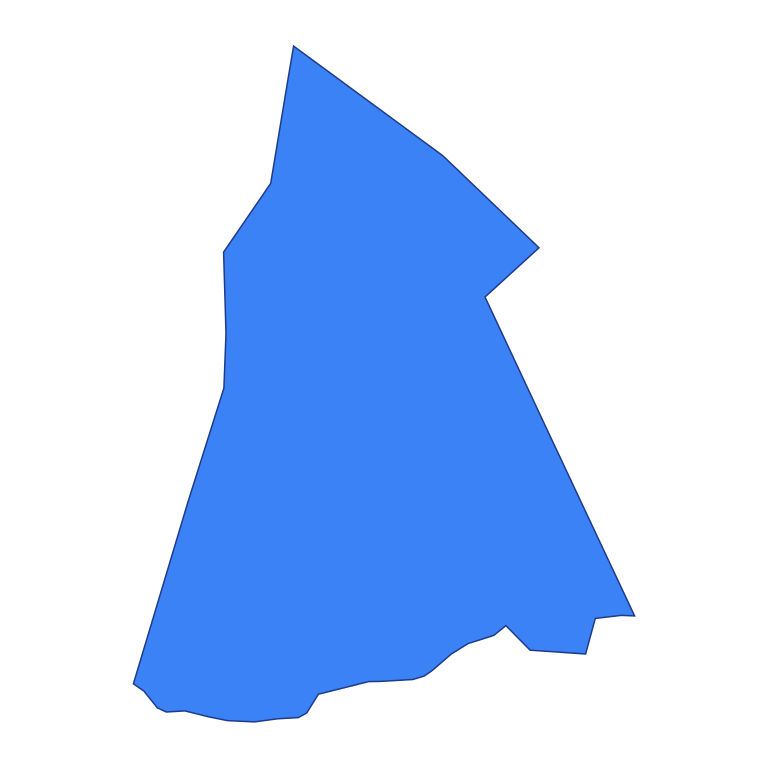 Patu, Rio Grande do Norte, Brazil (orthographic projection)
{"feature_id": "56859067B11230270721601", "entity_name": "Patu", "entity_type": "district", "adm_level": 2, "iso_a3": "BRA", "parent_name": "Brazil", "parent_adm1": "Rio Grande do Norte", "projection": "orthographic", "projection_center": [-37.626, -6.066], "detail": "fine", "context": "isolated", "style": "filled", "palette": "blue", "viewbox_px": 768, "rotation_deg": 0, "n_neighbors": 0, "source": "geoboundaries", "source_scale": "gbopen_adm2", "svg_char_len": 586}
<svg xmlns="http://www.w3.org/2000/svg" viewBox="0 0 768 768"><path d="M133.4,683.8L144.0,691.2L157.4,707.9L166.3,712.0L184.9,710.9L208.5,716.8L227.4,720.6L254.3,721.9L277.6,718.8L298.3,717.6L306.7,713.0L318.4,694.2L368.6,681.6L380.5,681.4L412.8,679.5L424.3,676.0L432.2,670.5L451.3,654.0L468.2,643.5L493.8,635.4L505.9,625.6L530.1,650.2L585.6,654.0L595.3,618.4L621.1,615.4L634.6,615.9L544.7,424.6L485.0,297.0L539.0,247.8L442.9,155.8L293.6,46.1L288.1,78.6L270.7,183.4L223.6,252.1L226.0,333.5L223.9,388.1L188.3,500.9L133.4,683.8Z" fill="#3b82f6" stroke="#1e3a8a" stroke-width="1.5"/></svg>